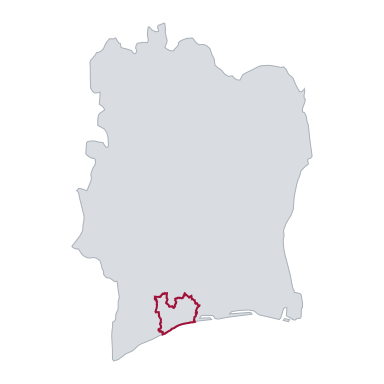 location of Gbokle, Bas-Sassandra, Ivory Coast
{"feature_id": "98640826B37905317988050", "entity_name": "Gbokle", "entity_type": "district", "adm_level": 2, "iso_a3": "CIV", "parent_name": "Ivory Coast", "parent_adm1": "Bas-Sassandra", "projection": "equal_earth", "projection_center": [-6.009, 5.243], "detail": "fine", "context": "in_parent", "style": "outline", "palette": "rose", "viewbox_px": 384, "rotation_deg": 0, "n_neighbors": 0, "source": "geoboundaries", "source_scale": "gbopen_adm2", "svg_char_len": 8917}
<svg xmlns="http://www.w3.org/2000/svg" viewBox="0 0 384 384"><path d="M96.4,52.7L97.6,52.6L100.6,51.5L103.4,48.8L105.9,43.2L109.4,38.7L113.3,39.0L114.4,38.2L115.8,38.1L117.4,41.0L119.0,43.3L120.2,43.3L121.1,47.6L128.2,49.4L131.2,50.5L133.8,53.6L134.6,53.7L135.7,53.1L136.6,52.0L136.7,50.8L135.6,48.0L136.1,45.5L137.3,43.2L139.1,43.1L141.9,42.4L145.0,42.4L147.4,42.8L148.3,40.6L147.4,34.2L147.7,30.8L148.0,27.8L148.9,26.6L152.4,30.3L155.6,31.6L157.9,31.7L158.6,31.1L157.6,27.0L157.9,25.8L158.7,25.1L160.2,24.7L164.3,23.0L164.8,23.4L165.5,29.7L165.2,31.8L166.0,36.1L167.1,40.1L167.0,41.8L166.1,44.3L165.1,46.5L165.2,47.5L166.8,49.0L170.0,50.6L173.2,51.0L175.0,48.7L176.9,46.8L178.2,45.1L178.6,42.5L180.7,40.7L186.6,38.4L192.0,38.0L193.3,38.8L195.7,42.3L198.8,44.7L203.5,44.4L206.9,45.8L209.9,48.5L211.9,54.5L214.1,58.8L215.0,65.0L218.4,68.2L221.1,69.7L224.8,74.2L228.5,76.4L232.4,75.9L234.3,78.2L237.2,79.9L240.1,80.0L242.6,74.9L246.0,72.8L254.5,68.7L257.9,66.8L261.3,65.7L269.5,65.3L277.2,66.6L281.0,67.5L283.6,66.8L286.1,69.3L288.6,74.4L290.7,76.0L292.9,77.8L294.5,81.9L296.3,85.9L297.3,87.7L299.6,91.7L301.6,91.7L303.6,90.0L304.4,88.7L304.8,91.3L304.0,95.6L304.2,98.2L305.3,99.2L304.7,102.6L302.5,108.4L302.5,111.8L304.7,112.9L306.3,116.5L307.3,122.7L308.3,124.8L308.4,126.0L310.0,141.0L312.1,156.1L310.8,158.1L309.1,158.6L307.9,159.3L307.6,160.7L308.4,162.8L307.9,164.7L305.7,166.0L301.0,170.8L300.6,172.7L299.4,176.8L298.3,179.2L296.8,183.9L294.3,196.1L293.5,206.2L293.3,209.3L292.4,211.5L291.3,214.7L286.1,223.3L283.5,230.4L283.9,233.5L284.0,236.6L283.2,238.9L283.4,244.9L284.0,249.9L285.0,254.8L288.7,268.8L290.7,277.2L291.9,284.1L293.0,288.6L294.0,290.5L294.4,292.3L300.0,293.5L301.1,294.6L302.6,303.5L302.4,307.5L301.3,309.0L301.3,312.4L301.1,316.6L300.3,318.3L297.1,318.5L295.0,320.1L292.2,319.5L292.0,318.5L290.5,318.1L286.3,315.7L287.0,307.9L285.1,307.6L283.6,308.6L280.7,317.9L279.3,319.5L258.6,314.7L254.1,310.9L248.8,310.0L239.4,310.4L231.7,311.6L229.5,313.9L249.0,312.5L251.1,312.8L252.0,314.2L227.4,317.3L218.0,319.1L215.2,318.6L213.1,315.6L202.9,315.3L200.8,316.2L199.5,318.4L203.6,318.0L209.9,317.8L211.6,319.5L191.8,321.7L178.0,325.9L172.1,329.0L152.9,339.1L141.2,343.9L138.1,345.7L132.8,350.7L125.9,353.8L118.2,359.6L113.6,361.0L112.5,359.1L112.4,349.2L111.7,335.9L112.0,330.9L112.6,326.1L112.6,322.2L115.0,320.7L115.6,319.0L115.9,313.9L118.1,309.2L118.2,301.1L118.8,299.3L119.3,297.2L118.4,291.8L117.2,281.7L116.6,281.1L116.1,281.5L114.8,281.7L110.0,278.2L106.3,277.6L103.7,274.6L103.5,271.2L102.3,269.2L101.4,265.3L100.1,260.8L96.4,258.1L93.0,257.5L90.5,258.0L87.7,257.9L84.4,256.4L82.1,254.6L80.0,251.4L78.0,248.7L76.4,249.1L74.4,248.4L72.5,247.2L71.9,246.3L79.9,235.9L82.6,230.7L82.9,227.6L83.0,224.4L83.8,221.2L84.1,216.3L79.7,198.4L78.6,192.8L77.4,191.2L76.6,190.6L78.9,188.3L81.9,188.9L86.7,190.7L87.7,188.9L91.3,179.8L91.2,176.5L90.8,174.2L92.9,168.0L94.6,165.6L95.5,163.0L95.2,159.5L93.9,158.2L92.3,158.4L90.3,157.5L87.3,155.5L85.8,153.7L86.3,145.5L86.6,143.0L87.6,141.6L89.3,141.2L94.0,140.9L97.7,141.8L101.0,142.4L102.8,142.4L104.2,144.8L106.1,147.3L107.8,147.3L108.4,145.4L108.0,137.4L106.9,133.1L104.4,129.0L97.8,125.5L97.7,120.6L98.4,115.3L99.8,113.3L104.7,109.9L103.8,108.1L102.3,106.2L99.2,104.2L99.9,97.8L100.1,92.2L97.4,92.8L94.8,93.1L92.5,91.4L90.6,88.0L90.3,78.5L90.3,67.5L89.9,62.7L90.7,60.1L93.0,57.7L95.5,54.7L96.4,52.7ZM289.6,319.6L288.5,321.7L283.3,320.4L284.5,318.6L289.6,319.6Z" fill="#d9dde1" stroke="#a8b0b8" stroke-width="1"/><path d="M175.4,298.7L175.5,298.8L175.4,299.0L175.5,299.2L175.6,299.5L175.4,300.0L175.2,300.2L175.4,300.4L175.6,300.8L175.8,301.2L175.8,301.7L176.2,302.0L176.3,302.1L176.2,302.4L176.0,302.6L176.0,303.2L175.9,303.2L175.7,303.2L175.6,303.4L175.6,303.8L175.4,304.2L175.1,304.4L174.9,304.7L175.0,305.0L174.9,305.2L174.8,305.8L174.8,306.0L175.0,306.3L174.8,306.5L174.5,306.9L174.5,307.1L174.3,307.6L173.9,307.6L173.6,307.8L173.5,307.6L173.3,307.7L172.9,307.0L172.8,306.6L172.3,306.2L171.4,306.7L170.9,306.4L169.7,306.3L169.7,306.7L169.5,306.8L169.1,306.6L169.0,306.4L168.8,305.5L168.5,304.8L168.4,304.6L168.0,304.5L167.6,304.1L167.4,304.0L167.2,304.0L166.9,303.8L166.6,303.4L166.1,303.1L166.2,302.6L166.3,302.6L166.3,302.4L166.4,301.8L166.5,301.6L166.8,301.6L166.8,301.4L166.8,301.0L167.1,300.7L167.2,300.2L167.3,299.9L167.4,299.7L167.5,299.4L167.3,299.1L167.3,298.9L167.1,298.7L166.7,298.2L166.8,298.1L166.7,297.8L166.8,297.5L166.7,297.2L166.8,297.0L166.7,296.8L166.6,296.3L166.6,295.7L166.8,295.3L166.8,295.0L166.9,294.8L166.8,294.6L166.7,294.5L166.7,294.3L166.6,294.0L166.7,293.8L166.8,293.9L167.0,293.3L167.0,293.1L166.7,293.1L166.3,292.8L166.2,292.6L166.2,292.9L166.1,293.0L165.9,293.1L165.7,293.4L165.6,293.5L165.2,293.3L165.2,293.5L164.5,293.9L164.3,293.8L164.2,293.9L163.9,293.7L163.7,293.6L163.5,293.8L163.4,293.7L163.1,293.7L162.9,293.7L162.8,293.8L162.7,293.7L162.6,293.8L162.5,294.0L162.4,294.1L162.0,294.4L162.0,294.6L161.9,294.7L161.7,295.1L161.2,295.3L161.0,295.9L160.9,296.3L160.7,296.3L160.5,296.6L160.4,296.5L160.2,296.6L159.9,296.5L159.7,296.7L159.5,297.0L155.0,296.7L155.1,297.0L155.0,297.3L155.2,297.6L155.0,298.1L154.7,298.6L154.7,298.8L154.8,298.9L155.0,299.1L155.1,299.3L155.2,299.6L155.5,299.6L155.7,299.4L155.9,299.4L156.2,299.2L156.3,299.4L156.6,299.9L156.6,300.0L156.5,300.5L156.3,300.8L156.4,301.2L156.4,301.3L156.8,301.7L157.1,301.7L157.2,301.9L157.1,302.0L156.9,302.2L156.8,302.8L156.9,303.5L156.8,303.8L156.8,304.1L156.7,304.4L156.7,304.7L156.8,305.0L157.0,305.0L156.8,307.3L155.5,311.7L155.9,312.4L157.0,312.1L158.8,312.2L158.8,313.6L159.0,313.9L158.9,314.2L159.0,314.4L158.9,314.8L159.1,315.4L159.1,315.7L158.9,315.9L158.9,316.1L159.0,316.3L159.3,316.5L159.5,316.9L159.6,317.3L159.8,317.9L159.9,318.0L160.4,318.6L160.7,318.7L161.0,319.7L161.0,319.8L160.9,320.3L160.8,321.0L160.7,321.8L160.8,322.3L161.0,322.6L160.7,322.8L160.2,323.2L160.0,323.4L160.0,323.7L160.0,323.8L160.0,324.0L160.1,324.5L160.7,325.1L160.9,325.5L160.9,325.9L161.0,326.1L161.0,326.6L160.9,326.8L161.1,327.1L161.1,327.3L160.9,328.0L160.6,328.4L160.5,328.6L160.3,328.7L160.0,328.6L159.7,329.1L159.4,329.3L159.4,329.2L159.3,329.6L159.2,329.5L158.9,329.4L158.8,329.5L158.7,329.6L158.5,329.4L158.4,329.6L158.4,330.0L158.6,330.4L158.9,330.5L159.1,330.7L159.4,331.2L159.4,331.5L159.5,331.7L159.9,331.7L160.0,331.7L160.3,331.6L160.5,331.2L160.8,331.1L161.0,331.4L161.1,331.2L161.3,331.2L161.6,331.4L161.7,331.5L161.9,331.8L162.1,331.9L162.2,332.7L162.4,332.9L162.5,333.0L162.8,332.8L162.8,333.1L162.7,333.3L162.7,333.6L162.8,333.9L162.7,334.2L162.7,334.5L163.6,334.1L165.1,333.6L165.1,333.3L165.7,332.9L166.0,332.8L166.3,332.8L166.8,332.5L167.3,332.2L167.4,331.9L167.7,331.8L167.8,331.8L168.2,331.5L169.3,330.8L169.8,330.7L170.6,330.2L170.9,329.8L171.2,329.7L171.7,328.7L172.3,328.7L172.7,328.5L173.3,328.4L173.9,328.1L174.0,328.0L174.3,328.0L174.4,327.8L174.7,327.5L175.4,327.3L175.4,327.0L175.8,326.7L176.4,326.5L176.7,326.2L177.1,326.2L177.4,326.1L177.7,325.7L178.3,325.5L179.4,325.1L180.0,324.8L182.2,324.1L184.7,323.6L184.8,323.5L186.5,323.3L188.0,323.0L188.5,323.0L189.8,322.7L190.1,322.4L190.3,322.5L190.6,322.5L190.9,322.4L192.3,322.4L192.6,322.3L192.9,322.2L194.0,322.2L194.6,321.7L194.9,321.7L194.6,321.1L194.4,320.9L194.4,320.6L194.0,320.4L194.1,320.2L194.1,319.9L194.0,319.6L194.3,319.3L194.3,319.2L194.3,318.9L194.2,318.7L194.4,317.3L194.5,316.9L194.8,316.8L195.3,316.7L195.8,316.0L195.8,315.7L195.8,315.2L196.0,315.0L196.0,314.6L196.0,314.4L196.0,313.9L195.7,313.0L195.8,312.9L195.9,312.6L196.4,312.5L196.7,312.6L196.9,312.8L197.0,312.3L196.8,312.2L196.7,311.8L196.3,311.6L196.1,311.4L196.2,310.8L196.0,310.6L196.7,309.1L197.2,307.6L197.4,307.5L197.7,307.4L198.1,307.0L198.2,306.8L198.3,306.8L198.4,306.6L198.5,306.5L198.6,306.3L198.9,306.0L198.9,305.7L199.2,305.6L199.4,305.7L199.5,305.5L199.5,305.4L199.3,305.4L199.1,305.4L198.7,305.3L198.5,305.2L198.0,305.2L197.8,305.1L197.7,305.0L197.5,304.6L197.6,304.4L197.4,304.0L197.3,303.5L197.1,303.3L196.9,303.3L196.7,303.1L195.8,303.5L195.6,303.3L195.4,303.5L195.2,303.2L195.3,302.7L195.1,302.2L195.0,301.5L194.8,301.1L194.8,300.8L194.7,300.4L194.4,300.5L194.2,300.4L193.9,300.3L193.4,299.6L193.0,299.5L192.6,299.0L192.2,299.0L191.9,299.1L191.9,298.7L191.6,297.5L191.6,296.9L191.5,296.3L191.4,295.9L190.9,296.2L190.6,296.2L190.4,296.3L190.1,296.8L189.9,296.9L189.8,297.1L189.7,297.3L189.6,297.5L189.4,297.6L189.0,297.6L188.9,297.5L188.9,297.4L189.0,296.9L188.7,296.7L188.1,296.5L184.7,293.3L184.5,293.6L184.3,294.0L184.4,294.3L184.4,294.6L184.5,295.0L184.2,294.9L183.8,295.4L183.8,295.7L183.6,295.9L183.7,296.5L183.5,297.0L183.2,297.2L183.1,297.6L182.8,297.9L182.6,298.0L182.5,297.9L182.4,298.1L181.8,298.1L181.6,298.3L181.2,298.1L180.5,297.9L180.0,297.7L179.9,297.8L179.7,297.8L179.6,298.0L179.3,297.8L178.8,297.9L178.4,297.8L178.0,297.6L177.7,297.8L177.7,298.0L177.3,298.2L177.1,298.4L176.9,298.4L176.7,298.2L176.4,298.2L175.4,298.7Z" fill="none" stroke="#9f1239" stroke-width="2"/></svg>